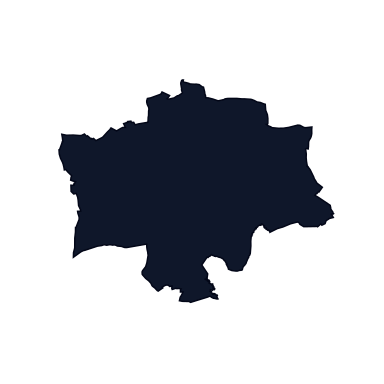 outline of Gulpen-Wittem, Limburg, Netherlands, rotated 19°
{"feature_id": "6326949B15301037000239", "entity_name": "Gulpen-Wittem", "entity_type": "district", "adm_level": 2, "iso_a3": "NLD", "parent_name": "Netherlands", "parent_adm1": "Limburg", "projection": "robinson", "projection_center": [5.917, 50.8], "detail": "fine", "context": "isolated", "style": "filled", "palette": "ink", "viewbox_px": 384, "rotation_deg": 19, "n_neighbors": 0, "source": "geoboundaries", "source_scale": "gbopen_adm2", "svg_char_len": 5958}
<svg xmlns="http://www.w3.org/2000/svg" viewBox="0 0 384 384"><g transform="rotate(19 192 192)"><path d="M284.2,91.5L278.7,94.1L277.7,94.4L276.6,94.5L272.4,93.8L271.8,93.9L270.7,94.4L270.4,94.2L262.3,99.5L257.7,101.9L253.0,103.6L246.8,105.1L245.1,104.7L242.4,104.6L240.5,103.9L240.8,103.8L241.2,103.3L241.4,102.9L241.3,102.2L239.8,97.8L238.1,94.3L235.1,90.8L232.7,85.2L231.2,85.3L227.4,85.1L224.2,85.7L221.1,85.2L218.4,85.1L217.4,85.2L211.2,86.9L208.9,87.7L203.6,89.0L195.1,92.0L192.9,93.2L192.1,94.2L187.4,97.1L186.5,97.3L181.6,97.3L176.8,97.7L174.3,98.4L173.5,96.7L173.1,96.0L172.6,95.8L172.6,95.5L172.1,94.8L171.3,93.1L168.7,89.1L167.7,89.3L163.8,88.1L160.6,88.7L160.2,89.0L157.5,89.8L154.0,90.7L153.8,90.3L150.5,90.5L148.6,90.8L147.6,90.3L147.4,89.8L147.4,88.9L146.8,89.0L146.4,89.3L146.2,89.8L145.9,89.9L145.9,92.5L146.3,93.6L148.8,98.2L148.7,98.5L149.2,99.5L150.7,101.3L150.7,101.5L148.3,104.7L147.7,105.4L146.8,105.8L144.4,108.9L139.5,111.9L138.1,111.9L138.9,110.0L139.4,108.1L131.1,107.2L130.9,109.1L130.7,109.1L130.5,109.8L122.2,116.5L119.4,118.1L119.5,120.6L120.1,122.1L121.2,123.8L123.4,126.0L124.3,127.6L124.6,129.5L126.0,133.8L126.3,135.8L127.3,139.1L127.5,140.5L119.1,145.1L116.3,147.0L114.2,145.1L112.1,146.0L111.2,144.9L108.5,146.2L109.0,146.7L107.5,147.6L107.7,147.8L105.1,149.6L108.0,152.6L105.7,153.4L104.4,154.6L100.8,158.8L94.6,157.8L94.4,158.1L94.7,158.2L94.7,158.4L92.5,162.8L89.8,169.1L89.1,170.0L84.4,174.7L81.5,173.4L80.7,174.4L79.8,174.0L79.4,174.7L74.9,172.9L74.4,173.7L71.4,172.2L69.1,174.5L67.7,175.1L61.3,176.8L54.8,179.2L50.1,179.8L51.7,182.7L53.5,186.5L53.0,186.7L53.1,188.5L53.0,195.0L52.5,195.4L54.2,199.4L56.7,202.9L59.9,206.1L61.1,207.6L62.7,210.1L64.1,212.7L65.2,211.8L68.6,213.8L72.9,215.8L72.9,217.6L73.4,220.3L75.7,220.4L78.6,220.1L78.3,221.8L77.9,221.9L78.2,223.1L77.7,223.2L78.1,224.2L75.3,225.0L77.5,230.8L80.8,232.4L83.0,231.0L85.7,234.3L87.0,236.8L89.2,241.8L92.4,245.1L93.0,246.4L90.1,247.5L91.2,249.5L92.1,250.6L93.4,252.4L94.2,254.6L93.9,262.5L93.8,263.7L93.5,263.7L94.9,268.0L96.2,273.8L99.2,282.7L99.4,283.8L99.7,287.9L101.1,292.3L106.3,284.9L108.1,283.0L109.8,281.9L120.2,274.0L124.1,272.0L125.7,270.7L126.2,270.4L128.7,270.1L131.1,268.7L132.5,268.3L134.1,268.1L135.8,267.3L137.5,267.1L138.9,267.4L143.0,266.4L146.3,266.4L148.3,265.8L166.1,256.0L167.2,258.8L168.2,260.9L169.8,263.4L170.3,264.6L171.1,266.1L172.4,273.7L172.5,277.7L170.9,282.5L170.8,283.3L170.9,284.0L171.7,286.0L172.2,286.4L176.4,288.8L179.9,290.0L182.8,291.6L183.3,292.0L184.0,292.9L185.2,293.9L188.0,294.8L191.2,296.5L192.3,296.7L195.6,292.2L194.7,291.7L195.4,290.7L196.7,289.5L196.8,289.2L197.9,288.4L199.8,287.8L201.7,288.6L203.7,287.4L204.3,289.8L205.0,290.6L207.9,288.4L209.1,288.3L211.2,287.4L213.2,287.2L212.9,288.1L213.6,290.3L216.1,289.5L215.6,293.4L215.1,295.3L215.5,298.9L218.5,298.5L224.8,296.5L226.6,296.8L241.2,286.1L242.1,285.2L243.1,284.7L243.4,284.7L244.7,285.2L246.9,285.5L247.4,285.3L250.6,285.0L251.3,284.6L249.9,283.3L249.5,282.2L249.7,281.6L249.5,281.3L249.3,281.3L248.6,281.8L247.9,281.1L247.3,281.0L246.5,280.7L246.3,280.8L246.3,281.2L245.2,281.1L245.5,281.9L245.0,282.1L244.7,282.0L244.6,281.2L243.7,281.2L242.8,280.9L242.6,280.5L242.7,279.9L241.9,280.2L241.5,280.1L241.7,279.0L241.3,278.7L241.2,278.4L243.3,278.1L243.3,277.8L243.8,277.4L244.9,277.1L245.1,276.2L244.8,275.9L243.8,276.2L243.2,276.1L243.2,275.8L243.6,275.3L243.7,274.8L242.5,274.7L242.4,274.4L242.6,273.9L242.5,273.7L241.2,273.6L241.2,273.3L241.8,273.0L241.6,272.3L241.1,272.3L240.6,272.7L237.9,272.7L237.7,272.3L238.1,271.3L236.9,271.0L236.9,270.7L237.3,270.6L237.4,270.4L236.7,269.8L236.0,269.9L236.5,270.8L236.4,271.1L236.0,271.3L235.6,271.2L235.2,270.4L233.7,270.4L232.8,270.1L233.0,269.8L233.4,269.6L234.4,269.6L234.7,269.2L234.4,268.8L233.8,268.1L234.2,268.0L233.5,264.3L225.0,257.8L227.4,249.0L227.6,249.1L228.0,248.5L228.5,248.6L228.9,247.6L229.8,246.9L230.3,246.1L230.7,244.9L231.9,245.3L232.5,245.1L234.3,245.4L234.8,245.2L235.2,245.3L235.9,244.8L237.5,244.8L238.2,244.9L240.6,244.7L243.3,245.2L244.8,246.3L245.5,246.4L246.5,247.3L248.2,248.4L248.4,248.6L247.9,249.0L250.8,251.8L251.6,253.1L255.2,253.3L259.0,252.5L260.6,252.0L262.5,250.6L264.0,250.0L264.9,249.2L264.7,247.9L264.7,246.3L264.8,245.8L265.7,243.9L265.8,243.2L266.3,242.1L266.2,241.7L266.3,241.1L266.2,240.4L266.3,239.9L266.5,236.5L266.9,235.6L266.5,234.5L267.1,232.9L267.1,231.1L265.2,223.8L263.6,219.4L262.4,214.5L262.8,214.4L262.6,213.7L263.0,212.9L262.3,212.5L262.1,211.9L262.6,211.5L262.5,211.2L262.6,210.7L263.2,210.4L263.5,209.8L263.3,209.4L263.3,209.2L263.2,208.4L263.4,207.5L263.8,207.3L263.7,206.4L264.5,206.1L264.7,205.7L263.9,204.9L265.1,204.1L265.4,203.6L265.4,203.1L266.0,202.0L266.8,201.4L266.9,201.1L267.9,201.1L268.1,200.9L268.0,199.6L269.2,199.5L269.7,199.7L270.0,200.2L271.2,200.3L271.0,200.6L271.1,201.0L271.5,201.2L271.4,201.4L271.5,201.6L271.9,201.7L271.8,202.0L272.2,202.3L272.8,202.4L273.7,202.0L273.9,202.3L274.2,202.3L274.3,203.1L274.6,203.0L275.2,203.1L275.9,203.5L276.2,203.2L276.6,203.1L277.3,203.5L277.8,203.4L278.2,203.8L278.2,204.0L278.6,204.3L278.8,204.7L284.6,198.8L289.3,195.5L295.5,190.0L301.5,186.0L301.8,186.1L302.3,186.0L303.4,186.3L304.2,187.2L304.8,187.5L309.0,188.4L321.9,183.7L322.1,183.9L322.4,183.5L324.2,180.2L325.6,181.1L328.1,178.6L328.1,175.7L328.5,175.0L330.3,172.7L330.2,172.5L333.9,170.1L331.1,167.6L332.7,166.8L332.9,166.5L332.9,166.4L332.4,166.5L331.8,165.2L328.8,163.0L328.3,161.8L327.0,159.6L314.3,156.2L309.3,155.1L310.2,152.7L310.6,152.8L311.6,150.3L312.1,150.5L313.7,145.1L307.2,142.9L305.4,141.3L303.5,139.8L302.9,139.2L302.4,138.4L296.5,132.5L293.6,130.5L293.4,130.2L292.6,130.4L292.3,130.2L292.4,129.7L292.3,129.4L291.6,128.2L290.2,125.6L288.7,122.2L287.7,118.9L285.5,114.5L285.8,113.9L286.2,113.5L287.1,113.6L287.9,113.4L287.4,112.1L287.5,111.7L286.0,106.9L285.9,106.0L285.9,105.1L286.5,102.5L286.6,101.1L286.5,99.5L286.2,97.7L284.9,94.1L284.2,91.5Z" fill="#0f172a" stroke="#020617" stroke-width="1.5"/></g></svg>